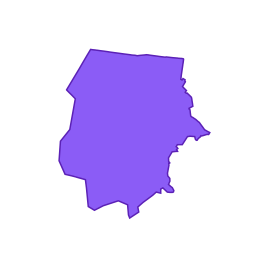 Gebrat Al Sheikh, North Kordufan, Sudan, rotated 301°
{"feature_id": "16777658B91752448930430", "entity_name": "Gebrat Al Sheikh", "entity_type": "district", "adm_level": 2, "iso_a3": "SDN", "parent_name": "Sudan", "parent_adm1": "North Kordufan", "projection": "mercator", "projection_center": [31.456, 15.37], "detail": "fine", "context": "isolated", "style": "filled", "palette": "violet", "viewbox_px": 256, "rotation_deg": 301, "n_neighbors": 0, "source": "geoboundaries", "source_scale": "gbopen_adm2", "svg_char_len": 2673}
<svg xmlns="http://www.w3.org/2000/svg" viewBox="0 0 256 256"><g transform="rotate(301 128 128)"><path d="M129.1,55.7L129.0,55.8L128.0,59.6L127.3,62.6L125.9,67.8L96.7,78.9L81.9,76.9L64.4,85.8L55.9,97.9L58.1,104.7L61.8,118.1L55.2,123.3L40.2,134.4L40.2,141.6L48.6,146.8L60.6,157.2L62.0,167.2L53.7,173.2L51.7,175.8L61.5,180.5L65.3,177.1L71.9,179.2L78.9,182.1L83.3,183.9L87.6,185.2L89.0,189.6L92.5,187.5L94.6,188.7L93.3,194.7L94.5,197.3L95.9,199.5L96.6,199.9L98.0,199.5L99.7,196.7L99.9,194.8L100.5,191.8L103.2,191.4L104.0,191.3L106.3,189.8L107.4,186.8L107.9,186.4L109.6,185.1L117.1,182.3L118.7,181.1L119.3,181.8L119.8,181.6L120.2,180.1L123.3,178.1L127.7,178.1L130.3,178.1L132.6,181.1L133.5,182.5L134.6,180.7L136.1,181.3L136.5,180.5L136.8,178.9L139.1,178.9L141.7,183.1L151.3,183.4L152.2,184.6L152.8,185.2L155.0,189.6L153.1,191.5L152.7,192.5L152.8,193.2L153.2,193.6L154.1,193.6L154.8,193.6L155.9,193.9L157.0,194.3L157.7,194.6L158.2,194.5L158.5,194.4L158.9,194.5L158.9,195.0L159.4,195.5L159.8,195.9L160.4,196.5L162.2,198.1L162.7,198.5L163.0,198.9L163.3,199.3L163.7,199.7L163.8,200.3L164.1,200.5L165.3,200.5L166.2,200.5L166.2,199.8L166.1,199.3L166.0,196.8L166.0,196.6L166.0,195.0L165.9,194.6L166.2,194.0L167.4,191.2L167.6,190.8L167.8,190.2L169.0,187.4L169.5,186.3L169.6,184.9L169.8,184.0L169.9,183.4L170.2,181.9L170.3,180.4L170.3,179.8L170.3,179.5L170.4,178.7L170.4,178.3L170.3,176.4L170.7,175.5L173.6,173.2L174.3,172.7L174.8,172.3L175.7,171.5L175.8,170.4L176.5,170.2L176.8,170.4L177.0,170.6L177.5,170.9L178.9,171.7L180.0,172.4L181.9,170.9L183.9,169.2L185.0,168.3L185.4,168.0L185.7,167.7L185.9,167.6L187.0,166.5L187.6,164.2L188.0,162.4L188.4,160.6L187.9,160.2L187.9,159.0L188.0,158.7L188.9,158.6L190.2,158.8L191.0,155.6L191.4,154.1L191.6,153.4L192.3,153.4L193.9,153.4L195.6,153.4L196.6,153.4L197.0,153.4L197.3,153.3L197.5,152.5L198.7,152.1L198.7,149.7L197.0,149.6L196.9,148.2L197.3,148.0L197.9,147.8L198.7,147.4L200.3,146.7L200.7,146.5L209.3,142.9L210.0,142.6L210.4,142.4L211.4,142.0L211.7,141.9L212.9,141.4L214.5,140.7L215.6,140.2L215.7,139.9L215.8,139.8L215.8,139.6L215.4,138.6L215.2,138.1L214.3,136.4L214.1,136.0L213.5,134.8L213.5,134.6L211.2,129.9L210.1,127.5L208.5,124.0L207.9,123.5L207.1,121.7L205.5,118.1L204.5,115.7L202.8,111.8L201.8,109.5L201.1,107.8L201.1,107.7L200.4,106.3L200.4,106.2L199.3,104.8L196.3,100.7L194.7,98.7L194.0,96.6L193.0,94.7L192.4,93.4L191.9,92.1L191.2,90.5L189.2,86.0L188.4,84.1L186.6,79.9L185.8,78.1L183.7,73.2L183.0,71.4L181.3,67.4L180.3,65.2L178.8,61.6L178.7,61.5L178.0,59.8L177.2,58.1L176.8,57.2L176.5,56.5L176.1,55.5L168.8,55.5L159.3,55.6L154.2,55.7L138.6,55.7L133.6,55.7L129.1,55.7Z" fill="#8b5cf6" stroke="#5b21b6" stroke-width="1.5"/></g></svg>